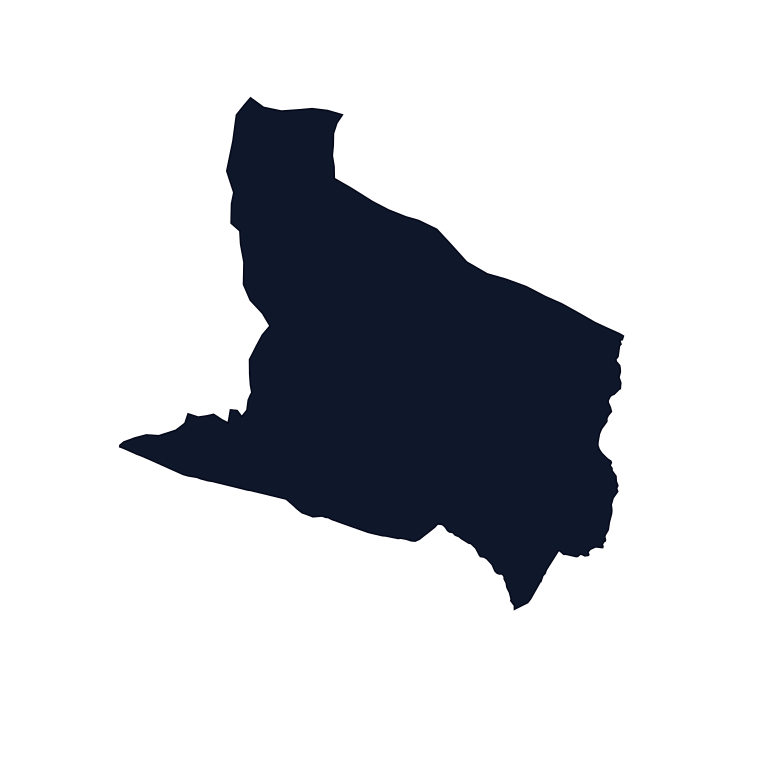 Monts de Lam, Logone Oriental, Chad (Equal Earth projection), rotated 304°
{"feature_id": "50815135B14191552615898", "entity_name": "Monts de Lam", "entity_type": "district", "adm_level": 2, "iso_a3": "TCD", "parent_name": "Chad", "parent_adm1": "Logone Oriental", "projection": "equal_earth", "projection_center": [15.78, 8.051], "detail": "fine", "context": "isolated", "style": "filled", "palette": "ink", "viewbox_px": 768, "rotation_deg": 304, "n_neighbors": 0, "source": "geoboundaries", "source_scale": "gbopen_adm2", "svg_char_len": 4455}
<svg xmlns="http://www.w3.org/2000/svg" viewBox="0 0 768 768"><g transform="rotate(304 384 384)"><path d="M316.8,267.3L313.5,269.9L308.4,273.9L304.7,277.5L304.1,278.1L303.0,279.2L302.6,279.2L301.5,279.3L299.0,279.6L298.9,279.6L297.2,280.0L294.8,280.4L294.6,280.5L285.6,285.0L277.4,284.3L279.9,277.1L276.7,271.1L275.2,271.8L269.7,274.3L264.5,276.6L264.2,273.4L263.9,271.0L263.7,269.4L263.7,264.0L263.6,259.7L258.3,254.7L252.7,248.5L250.9,242.3L249.7,238.2L246.2,239.2L240.1,240.9L229.3,237.3L215.2,226.2L208.9,215.4L200.2,207.8L199.5,207.2L197.9,206.1L195.8,204.6L190.5,200.7L185.6,199.3L184.1,200.0L185.1,204.1L185.8,207.8L187.5,217.6L187.5,217.8L188.7,222.8L190.4,231.7L191.4,237.6L194.4,254.9L196.7,268.1L198.4,273.3L201.8,280.6L202.0,281.0L202.9,285.0L203.9,287.8L205.3,292.0L207.5,296.7L209.4,302.0L210.1,303.8L216.0,319.8L219.7,330.0L220.4,331.5L221.0,332.6L225.8,345.4L226.1,346.2L227.9,351.1L229.9,356.5L232.3,363.0L233.8,367.0L233.7,369.0L232.7,376.7L231.9,381.8L231.7,384.5L231.4,388.2L232.1,390.6L232.8,393.3L233.9,398.2L234.1,399.3L237.3,403.3L239.9,406.5L240.9,410.4L241.0,410.6L242.0,412.1L242.5,416.4L247.1,434.4L252.1,453.6L253.6,457.8L255.7,463.2L257.3,467.5L259.0,470.5L263.9,482.3L265.2,483.6L265.3,483.7L265.6,484.3L267.8,489.3L268.4,491.5L269.3,494.5L271.2,497.8L273.2,499.0L274.9,500.1L282.4,502.5L285.0,503.4L293.6,506.1L295.5,506.4L297.9,506.7L300.0,510.6L300.0,512.8L299.5,515.0L298.2,518.2L298.0,518.6L298.0,519.4L297.9,521.0L299.3,523.9L298.5,527.6L299.4,531.5L299.1,534.6L299.1,534.8L299.4,543.0L299.5,543.3L300.3,545.3L299.4,550.6L299.2,551.9L297.7,554.6L297.0,556.0L296.3,557.1L295.1,559.4L295.0,560.8L295.7,562.2L296.4,563.4L296.5,565.3L296.6,566.9L295.5,571.5L294.7,574.7L291.0,580.5L290.9,580.7L290.4,583.3L290.4,583.5L290.5,583.9L290.9,585.8L291.6,586.7L292.4,587.8L292.2,589.4L292.2,589.9L291.2,591.6L290.5,592.0L289.6,592.6L288.8,594.0L287.3,596.7L287.0,596.9L284.2,599.5L282.7,602.0L282.4,602.6L281.1,604.9L280.7,605.3L276.8,609.6L276.1,609.9L275.2,610.3L273.2,616.0L270.1,618.1L272.6,619.5L278.7,622.9L280.4,623.9L283.1,625.4L284.5,625.5L287.7,625.7L308.2,624.1L308.2,624.5L308.8,624.3L314.0,622.9L316.8,623.5L318.1,623.2L319.9,622.7L320.5,622.6L320.8,622.5L334.3,622.1L343.4,621.8L343.5,622.0L344.0,623.2L343.7,625.1L343.3,628.2L344.6,630.1L346.4,634.8L348.4,640.0L349.1,640.7L349.5,641.1L350.0,641.2L352.5,641.8L353.4,643.4L353.7,646.0L353.7,646.5L356.2,649.3L356.7,649.3L357.1,649.2L357.8,648.2L358.6,647.1L361.1,647.3L362.5,647.5L363.2,648.0L364.7,648.9L367.4,650.6L369.6,654.9L369.7,655.2L370.5,656.7L370.6,656.8L371.0,656.7L371.7,656.5L372.9,654.9L374.5,654.6L375.8,654.5L376.2,654.6L377.3,655.2L377.6,655.1L378.7,654.8L380.7,652.5L381.0,652.4L382.6,651.8L386.8,651.6L388.6,651.4L395.2,648.2L403.7,645.2L406.8,643.5L408.4,642.1L408.6,642.0L410.9,639.9L413.7,639.0L417.6,637.7L423.1,637.8L424.3,637.8L425.5,637.9L427.6,635.2L430.6,634.7L431.9,632.8L433.2,631.0L435.4,629.3L437.3,627.9L438.8,623.9L439.7,621.5L441.6,620.2L442.9,617.0L445.4,616.6L445.8,616.6L446.0,616.4L446.9,615.3L446.9,610.9L448.3,603.5L449.5,600.5L450.3,598.7L450.9,598.0L452.7,595.6L455.9,593.7L463.1,590.5L467.0,589.7L468.7,589.4L473.3,589.6L474.2,589.6L477.6,589.7L479.7,588.3L480.3,587.9L483.5,587.5L488.3,588.0L489.7,586.4L491.3,584.6L494.0,580.3L495.6,579.1L498.5,578.7L499.2,578.5L501.4,578.8L501.8,578.9L502.3,579.2L502.7,579.5L504.1,580.5L508.0,581.3L511.4,581.9L511.8,582.3L512.2,582.6L515.7,580.6L517.4,579.7L519.1,577.5L520.9,575.1L526.2,573.2L529.1,571.0L529.9,570.2L531.1,569.1L532.5,564.1L534.1,562.4L536.6,562.6L537.6,562.7L544.9,559.1L547.4,557.9L547.6,557.9L547.8,557.9L549.5,558.3L551.6,555.6L552.6,555.4L553.9,556.8L557.7,555.7L557.4,551.2L556.9,548.3L555.5,540.2L554.8,536.1L552.9,524.2L551.7,507.5L549.9,486.6L546.7,468.7L544.3,447.6L539.2,426.9L533.0,407.8L531.4,384.3L537.1,361.3L541.8,341.2L538.9,321.2L534.8,308.6L530.8,290.2L528.8,272.4L528.0,247.6L526.6,227.9L536.4,221.0L544.5,213.4L553.3,208.6L563.5,202.0L574.1,199.0L583.9,199.0L579.2,184.3L572.1,170.4L564.1,160.6L552.9,146.3L546.0,129.4L546.6,113.3L536.9,112.2L524.5,111.2L500.9,122.9L472.7,134.5L471.9,135.5L465.0,144.3L460.2,150.5L458.7,152.4L453.6,154.5L448.1,156.8L431.8,167.3L431.4,170.6L430.3,178.9L421.2,185.8L419.9,186.8L418.0,188.6L406.6,199.8L388.0,211.8L378.7,226.2L374.7,243.6L368.4,257.0L360.4,256.1L358.6,255.9L358.3,255.9L356.7,255.7L343.8,257.0L334.4,258.2L329.1,258.8L316.8,267.3Z" fill="#0f172a" stroke="#020617" stroke-width="1.5"/></g></svg>